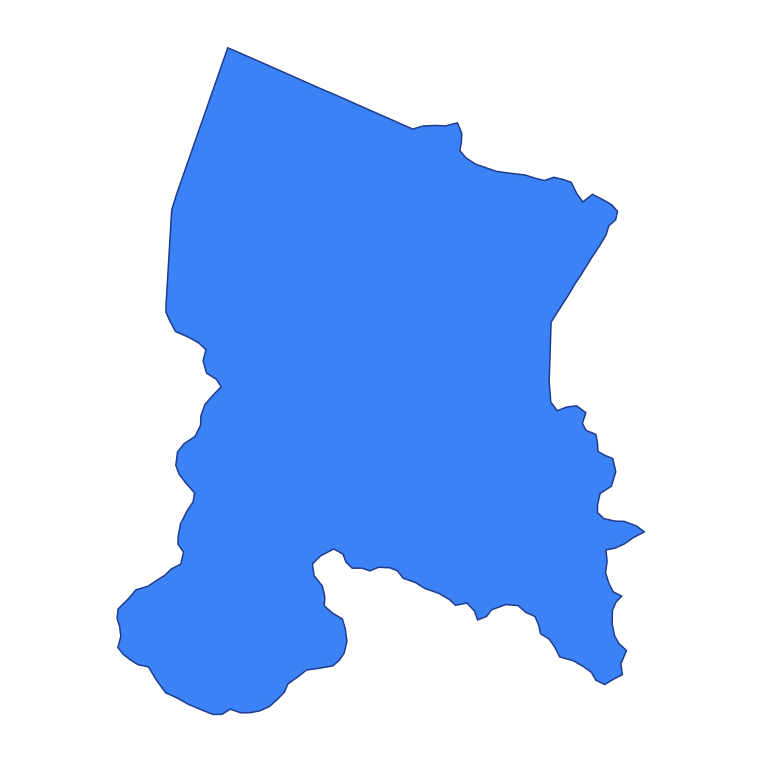 the district of Muqui, Espírito Santo, Brazil, rotated 91°
{"feature_id": "56859067B48645623438515", "entity_name": "Muqui", "entity_type": "district", "adm_level": 2, "iso_a3": "BRA", "parent_name": "Brazil", "parent_adm1": "Espírito Santo", "projection": "mercator", "projection_center": [-41.312, -20.933], "detail": "fine", "context": "isolated", "style": "filled", "palette": "blue", "viewbox_px": 768, "rotation_deg": 91, "n_neighbors": 0, "source": "geoboundaries", "source_scale": "gbopen_adm2", "svg_char_len": 2504}
<svg xmlns="http://www.w3.org/2000/svg" viewBox="0 0 768 768"><g transform="rotate(91 384 384)"><path d="M653.9,203.5L657.3,190.1L663.0,179.8L668.5,171.8L676.5,166.9L680.6,158.0L675.2,149.5L670.5,140.6L659.7,142.3L646.4,136.9L639.5,144.4L632.0,149.0L620.0,151.7L606.3,151.6L598.3,148.4L591.9,142.7L587.7,151.2L579.7,155.6L568.7,159.2L557.7,157.8L546.0,159.2L544.2,150.4L539.7,140.9L533.5,132.4L527.3,121.2L521.7,128.9L517.2,141.3L517.0,150.9L514.7,162.0L508.7,168.3L500.7,168.3L489.6,166.0L482.3,154.9L467.8,150.7L454.5,154.0L451.5,161.9L447.6,169.0L439.5,169.5L430.7,171.3L426.8,181.2L419.8,184.9L409.2,181.7L402.5,191.0L403.8,200.9L407.7,210.3L399.2,216.9L378.7,218.9L319.4,218.0L311.8,213.5L292.2,201.4L281.3,195.2L270.0,188.0L254.6,178.9L242.0,170.9L231.1,164.6L222.0,162.0L215.6,155.2L207.3,153.5L201.0,159.2L195.9,168.3L190.7,178.9L198.5,188.4L190.2,194.6L179.0,200.4L176.4,208.6L174.3,217.8L177.7,227.2L175.9,235.4L172.6,246.4L170.8,264.4L169.4,275.5L166.4,284.6L162.7,296.1L156.7,305.7L149.2,312.3L141.2,310.9L132.1,310.6L121.6,315.1L124.9,327.0L124.6,337.4L125.4,349.5L128.6,359.8L105.8,414.0L96.2,436.7L91.5,448.4L87.8,457.3L68.5,503.0L55.7,533.5L50.6,546.1L198.5,594.9L213.7,599.3L308.2,603.3L316.0,603.3L325.3,598.9L335.2,593.4L340.3,581.0L346.1,570.1L352.8,562.6L364.0,565.3L376.3,561.6L382.1,551.8L389.6,546.8L398.4,555.0L407.5,562.6L418.9,566.5L428.6,566.7L439.8,572.1L447.0,582.7L455.6,589.3L469.0,590.7L477.8,587.3L486.5,580.4L496.2,571.5L505.0,572.8L513.8,578.4L527.3,585.0L539.7,587.1L547.6,587.3L555.6,581.5L567.7,584.1L572.7,593.5L579.1,599.8L583.6,606.8L590.3,616.4L594.1,628.4L602.4,635.1L613.6,645.9L622.9,646.8L631.2,644.1L640.8,642.7L652.1,645.5L658.9,640.0L665.1,631.6L669.0,624.8L671.0,614.5L683.5,606.8L696.5,597.0L701.6,585.3L707.8,573.8L713.6,559.3L717.4,549.2L717.1,540.1L711.8,532.1L715.3,521.5L714.9,511.2L712.8,502.1L708.3,492.7L700.8,484.7L693.6,478.0L685.6,474.9L678.5,465.3L671.3,456.4L669.3,443.5L666.7,430.1L660.9,423.8L653.9,419.2L642.1,416.6L629.6,418.4L619.6,421.5L614.1,431.3L606.9,439.8L597.5,439.5L587.1,442.1L576.8,450.6L565.2,452.4L556.9,444.4L549.8,431.3L554.8,422.0L562.8,418.9L568.7,412.6L568.5,402.8L571.1,395.0L567.3,386.1L567.7,374.9L570.6,367.3L577.8,361.5L582.0,349.1L587.7,339.7L592.4,325.4L598.6,314.6L604.0,308.7L601.6,297.2L609.5,289.5L618.3,286.3L614.6,277.3L607.9,272.6L602.4,258.3L603.2,246.1L610.0,238.0L613.8,229.0L622.4,225.1L630.9,223.2L636.3,214.3L643.8,208.9L653.9,203.5Z" fill="#3b82f6" stroke="#1e3a8a" stroke-width="1.5"/></g></svg>